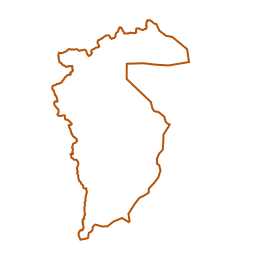 Solís de Mataojo, Lavalleja, Uruguay, rotated 82°
{"feature_id": "84410073B13887066663224", "entity_name": "Solís de Mataojo", "entity_type": "district", "adm_level": 2, "iso_a3": "URY", "parent_name": "Uruguay", "parent_adm1": "Lavalleja", "projection": "orthographic", "projection_center": [-55.418, -34.585], "detail": "fine", "context": "isolated", "style": "outline", "palette": "amber", "viewbox_px": 256, "rotation_deg": 82, "n_neighbors": 0, "source": "geoboundaries", "source_scale": "gbopen_adm2", "svg_char_len": 5798}
<svg xmlns="http://www.w3.org/2000/svg" viewBox="0 0 256 256"><g transform="rotate(82 128 128)"><path d="M43.9,185.8L46.5,187.0L48.7,186.7L49.3,187.0L49.9,187.1L51.3,186.7L52.9,186.8L53.6,186.6L54.3,185.1L54.8,184.7L55.8,184.4L56.5,184.0L57.0,183.3L57.1,182.6L57.3,182.2L58.4,181.4L58.9,180.6L59.0,180.0L58.8,179.4L58.5,179.1L58.4,178.6L58.7,177.7L58.6,177.3L58.9,176.6L58.7,176.2L58.7,175.6L58.8,175.0L58.9,174.6L59.2,174.5L59.8,174.7L60.5,174.7L61.7,175.0L62.4,174.9L62.4,174.6L63.3,174.6L63.9,174.8L64.2,175.2L64.2,175.4L64.5,175.7L64.5,176.2L65.2,177.5L65.4,177.5L65.5,177.4L65.5,177.2L66.7,177.1L66.9,177.2L67.3,177.8L67.1,179.3L67.2,180.4L68.9,183.1L69.3,183.6L71.4,185.2L71.8,185.7L72.0,186.3L73.2,186.8L73.7,187.6L73.9,188.2L74.1,188.4L74.2,189.5L74.7,190.3L74.4,191.3L74.5,192.1L74.6,192.4L74.9,192.6L75.2,193.1L75.2,193.8L75.5,194.4L75.6,194.9L75.5,195.3L75.9,196.8L77.7,197.4L78.7,197.5L79.3,197.4L79.8,196.8L81.0,196.2L83.1,196.0L84.8,195.6L85.3,195.7L85.7,195.4L86.0,194.9L86.8,194.6L87.5,194.6L88.0,194.4L89.6,194.3L90.3,194.1L91.6,194.0L92.0,194.5L92.0,195.1L91.9,195.7L91.5,196.5L92.0,197.0L92.1,197.3L92.8,197.6L95.4,197.6L96.0,197.2L96.2,196.9L96.7,196.6L97.3,196.2L98.1,196.0L98.2,195.7L98.3,195.6L99.5,194.8L99.5,194.6L99.9,194.3L101.2,194.5L102.5,194.5L103.3,194.8L103.5,195.1L104.3,195.6L104.6,196.0L105.1,196.0L105.7,195.6L106.1,195.1L106.7,193.3L106.5,190.4L106.6,189.4L106.8,189.0L107.0,188.8L110.5,189.0L111.0,188.5L111.4,186.9L112.2,185.9L112.4,185.9L112.5,185.6L113.0,185.2L113.5,184.8L113.9,184.8L114.4,184.2L115.5,183.6L115.9,183.1L116.3,183.3L117.0,184.3L117.2,185.2L117.0,185.5L116.9,186.1L117.0,186.3L117.4,186.4L118.4,186.1L120.1,185.8L121.2,185.2L122.9,185.1L123.4,185.2L123.9,184.9L124.3,184.9L125.8,184.7L125.9,184.3L126.7,184.2L127.3,183.8L127.5,183.9L127.9,183.9L129.1,183.2L129.6,182.3L131.0,181.1L131.4,180.6L131.9,180.4L132.5,180.6L132.8,180.5L133.0,180.2L134.0,180.4L134.7,181.1L135.2,181.9L135.8,184.2L136.0,184.5L137.2,185.1L138.1,185.3L138.9,185.9L139.4,186.1L139.8,186.1L140.0,185.8L140.6,185.7L141.3,185.5L142.2,185.6L144.1,186.6L144.5,186.5L144.8,186.3L145.0,186.4L145.1,186.1L145.3,185.9L145.8,186.1L146.1,186.3L146.1,186.8L145.9,187.5L145.7,188.1L146.3,188.6L146.5,188.5L146.6,188.3L147.9,188.0L149.1,188.2L149.4,188.2L149.9,187.7L150.5,186.8L151.5,186.3L151.7,186.0L152.0,185.3L152.0,184.8L152.7,183.2L153.6,182.6L155.5,182.1L156.7,182.2L157.5,182.4L158.4,182.8L159.9,183.9L160.2,184.0L161.6,184.2L162.2,184.1L162.6,184.2L163.8,183.9L164.5,183.8L165.0,184.0L165.1,184.5L165.6,184.6L167.0,184.4L167.4,184.0L168.1,183.8L170.1,184.2L172.4,183.8L173.0,183.9L173.7,183.7L174.5,182.6L175.3,182.3L175.7,182.4L176.7,182.1L178.4,180.6L179.5,180.5L180.3,180.6L181.1,180.4L181.4,180.2L181.8,179.4L182.0,177.9L182.1,177.7L182.9,178.1L184.9,177.6L186.2,177.7L187.3,178.4L188.5,178.7L189.9,179.4L191.0,179.6L192.3,180.1L192.9,180.0L194.2,180.1L195.3,181.1L195.8,181.3L198.8,181.4L200.3,182.2L201.1,182.3L205.3,182.7L207.7,182.5L208.0,182.6L208.2,183.0L209.5,183.8L211.1,184.0L211.6,183.9L211.8,184.5L211.7,184.9L212.5,185.6L213.0,185.9L213.5,185.8L213.9,185.5L214.3,185.7L215.0,186.2L215.4,186.1L215.7,185.7L216.3,186.0L217.5,186.2L218.1,185.9L218.8,185.8L219.7,186.0L220.6,185.8L221.0,185.9L221.7,186.6L222.3,186.8L222.9,187.4L223.0,187.7L222.9,188.2L222.4,188.6L222.5,189.2L222.7,189.6L223.4,190.0L223.9,190.8L224.7,191.1L225.2,191.6L226.0,191.6L226.7,191.8L228.4,191.6L232.0,190.6L231.6,183.7L231.2,182.8L228.5,182.1L226.5,181.4L225.9,180.2L225.4,178.6L223.6,177.2L221.2,176.7L219.6,174.9L219.1,173.6L221.9,167.5L222.5,161.8L218.6,155.5L217.8,152.1L216.3,146.4L221.3,140.4L220.6,139.4L213.0,139.5L204.2,132.0L198.7,126.4L197.3,121.8L194.9,116.5L190.9,115.8L186.1,109.8L181.1,104.8L174.7,101.8L169.4,102.2L167.2,104.3L162.4,103.6L157.9,100.8L154.3,96.6L146.6,95.0L139.4,93.7L132.6,87.9L130.3,86.3L128.7,88.7L126.4,90.0L121.8,90.5L116.5,95.5L115.0,99.6L111.6,101.2L105.5,101.7L79.3,122.5L64.2,120.3L66.0,103.8L68.8,93.2L71.7,79.4L71.2,58.4L58.1,58.5L43.9,71.6L42.0,77.5L36.1,83.3L28.9,85.5L28.5,87.0L28.0,87.8L27.6,88.2L26.1,89.1L25.7,89.8L24.6,90.9L24.2,91.5L24.3,92.2L24.0,93.3L24.1,93.5L24.7,93.7L24.8,93.8L24.6,94.2L25.4,94.8L25.9,94.8L26.7,95.1L29.0,95.8L29.4,95.7L29.7,95.3L31.1,95.6L31.4,95.7L31.8,96.2L32.5,96.6L32.5,96.9L32.3,97.2L32.3,97.6L32.8,99.1L33.1,99.5L32.4,101.3L31.5,102.7L31.0,103.2L30.6,104.9L30.6,105.3L30.9,105.9L31.5,106.3L31.9,106.3L32.4,106.2L33.9,106.8L34.5,106.6L35.1,107.7L34.6,110.4L34.3,111.2L34.1,111.4L34.0,112.3L34.1,113.6L34.4,114.0L34.4,114.4L34.4,115.2L34.3,115.7L34.0,116.3L34.2,116.7L33.8,118.0L33.8,118.6L32.3,118.9L31.4,119.4L29.2,120.2L29.1,120.4L28.2,120.4L27.2,121.7L27.1,122.1L28.1,122.8L28.5,123.2L29.1,123.4L29.8,124.0L30.6,124.1L31.6,125.0L32.0,126.2L32.9,126.9L33.7,127.1L34.6,127.6L35.7,127.7L36.4,128.3L37.0,129.5L37.1,130.9L37.4,131.6L37.1,131.7L37.0,132.2L36.5,132.6L36.4,132.9L36.0,133.2L34.6,133.3L33.8,134.0L33.4,134.7L33.3,136.1L33.6,136.9L33.6,137.5L33.7,137.8L35.1,140.2L35.4,140.6L35.4,141.0L36.1,142.2L36.1,142.9L36.9,144.0L37.0,144.2L36.8,144.9L37.0,145.3L37.3,145.6L38.5,146.2L39.2,146.3L40.0,146.2L41.4,145.6L42.7,145.2L43.2,145.2L43.7,145.5L43.9,146.1L43.8,146.5L44.0,146.9L43.9,147.7L44.0,148.2L43.9,148.6L44.8,150.3L45.7,153.0L46.1,153.4L47.1,153.8L47.6,153.8L48.2,153.2L49.3,153.6L49.6,153.9L50.7,155.2L51.2,156.6L51.1,157.0L50.7,157.3L49.5,157.7L48.8,158.2L48.2,158.4L47.0,158.4L45.1,159.0L44.6,159.6L44.4,160.0L44.3,160.6L44.6,161.7L44.5,162.5L44.5,164.0L44.8,164.7L44.8,165.2L44.6,165.9L43.8,166.4L42.8,167.8L42.8,169.3L42.9,170.5L42.5,171.7L42.5,172.3L42.6,172.7L42.2,174.0L41.8,174.6L41.7,175.7L41.8,176.2L42.2,176.6L42.8,177.3L43.5,178.7L43.6,179.1L43.8,179.4L43.9,180.4L44.4,181.6L44.5,182.6L44.4,184.9L44.3,185.4L43.9,185.8Z" fill="none" stroke="#b45309" stroke-width="2"/></g></svg>